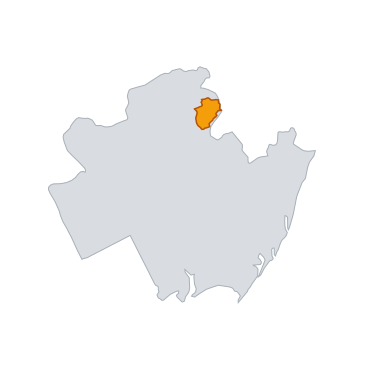 Lèkoko, Haut-Ogooué, Gabon (highlighted), rotated 243°
{"feature_id": "22940354B44244492121045", "entity_name": "Lèkoko", "entity_type": "district", "adm_level": 2, "iso_a3": "GAB", "parent_name": "Gabon", "parent_adm1": "Haut-Ogooué", "projection": "mercator", "projection_center": [13.129, -2.025], "detail": "fine", "context": "in_parent", "style": "filled", "palette": "amber", "viewbox_px": 384, "rotation_deg": 243, "n_neighbors": 0, "source": "geoboundaries", "source_scale": "gbopen_adm2", "svg_char_len": 5458}
<svg xmlns="http://www.w3.org/2000/svg" viewBox="0 0 384 384"><g transform="rotate(243 192 192)"><path d="M262.4,69.1L262.2,72.0L258.9,79.1L257.4,84.5L257.0,90.4L257.9,95.0L259.5,98.4L260.5,102.0L259.7,104.5L258.1,105.6L259.2,106.9L261.6,107.2L265.7,106.1L271.9,104.2L280.1,101.4L285.5,99.8L294.4,100.8L299.1,101.9L301.6,103.8L304.2,112.2L305.5,113.4L307.6,117.0L309.4,121.3L309.8,123.4L309.6,125.0L307.8,127.3L305.8,130.7L305.1,132.7L303.4,134.2L301.2,135.8L295.3,136.4L294.4,137.2L292.7,140.9L289.6,143.9L288.1,146.8L286.9,150.7L287.1,155.4L286.5,162.3L285.9,167.0L287.4,168.6L294.5,169.7L295.9,170.7L297.8,173.5L300.2,176.2L306.7,177.9L309.2,180.0L311.3,182.3L311.5,184.1L310.1,191.6L308.6,198.8L309.2,204.2L309.7,209.4L310.5,217.0L310.1,221.7L308.3,224.5L308.3,226.7L309.2,229.4L307.5,236.8L306.5,238.0L303.6,239.4L302.0,241.4L301.6,244.5L300.0,248.8L298.4,250.3L298.4,252.3L299.9,253.8L299.9,256.0L297.0,258.6L295.3,260.7L291.4,261.6L287.0,260.6L285.9,259.1L287.0,256.8L286.6,255.0L285.1,253.1L282.7,248.1L280.6,247.1L279.5,249.1L275.9,252.9L269.5,257.7L265.0,258.1L256.8,256.6L249.9,254.3L246.7,248.6L244.7,243.9L241.7,238.5L238.4,235.9L234.9,234.3L233.3,234.2L228.3,237.2L226.8,238.4L226.8,240.9L227.2,243.3L228.0,244.4L228.7,246.0L228.6,248.3L227.7,251.5L227.4,255.0L211.6,258.4L208.8,257.2L206.8,255.6L204.4,255.9L197.6,257.7L195.1,256.4L192.6,255.5L191.4,256.3L191.3,257.8L192.5,266.0L192.1,269.1L190.6,273.2L189.8,276.0L194.0,276.8L195.5,278.0L196.9,280.1L199.0,282.0L199.1,283.2L196.8,285.4L196.0,288.0L197.1,290.1L200.0,292.2L204.1,294.5L206.2,295.9L206.0,297.3L204.0,300.2L203.3,302.6L202.0,304.8L202.2,306.8L204.1,308.7L203.9,310.3L202.6,311.6L200.1,311.4L197.9,311.5L195.9,311.0L189.7,304.5L188.4,304.3L179.4,309.3L177.2,311.4L175.4,314.3L172.9,320.7L168.8,317.0L165.3,310.2L161.2,306.0L152.6,299.2L150.4,294.3L140.5,283.3L126.4,272.3L116.2,262.8L114.6,260.7L116.4,260.9L126.2,265.7L127.6,265.2L128.7,264.1L124.4,261.6L120.4,259.7L116.6,258.4L112.7,258.5L110.6,256.5L109.2,253.5L108.5,250.8L106.8,248.1L101.4,242.5L100.1,240.3L97.1,237.3L98.9,236.9L104.7,239.8L105.3,238.6L104.8,237.0L98.9,234.3L95.7,234.1L95.0,232.2L95.4,230.0L91.3,221.8L86.9,215.6L86.3,212.7L98.0,226.1L99.5,226.3L101.6,226.2L106.4,224.7L105.5,222.9L103.3,221.0L101.2,221.9L98.4,222.1L97.0,221.3L96.4,219.9L99.1,213.4L97.9,213.7L97.0,214.9L95.5,215.4L93.2,215.8L87.4,212.3L82.4,202.9L81.0,201.0L79.7,197.7L78.3,196.4L72.5,183.0L74.7,184.0L77.4,187.9L82.5,187.1L84.6,184.8L86.3,184.9L88.1,184.4L90.4,182.3L97.0,173.1L98.8,161.0L98.2,153.8L97.2,146.6L99.4,144.3L100.3,145.8L100.7,148.4L101.8,150.3L104.1,151.9L108.5,152.4L115.3,155.0L117.7,156.7L118.4,153.4L126.2,150.5L123.8,149.5L116.9,150.6L107.4,146.3L104.2,143.6L101.3,138.4L98.2,135.7L98.4,133.3L105.3,131.0L107.1,131.3L107.8,134.0L109.6,135.1L110.3,134.7L110.6,132.4L110.7,126.3L108.6,117.5L109.2,115.9L111.1,115.2L112.7,114.1L113.9,113.9L116.2,114.1L117.4,116.1L118.0,117.2L120.4,117.7L122.3,118.8L123.9,118.5L125.3,117.3L127.3,117.0L133.5,117.0L139.2,117.1L150.4,117.1L161.7,117.1L172.9,117.2L181.4,117.2L181.4,112.2L181.3,104.4L181.3,95.3L181.2,86.5L181.2,78.4L181.1,68.9L181.6,66.1L182.1,65.0L181.9,63.4L190.6,63.3L206.4,64.0L213.3,63.9L215.2,64.0L223.8,63.5L230.8,64.1L233.8,64.8L236.4,65.2L244.8,65.6L255.7,65.0L259.4,65.2L261.4,66.5L262.4,69.1Z" fill="#d9dde1" stroke="#a8b0b8" stroke-width="1"/><path d="M242.2,237.4L242.5,237.5L243.1,237.7L243.9,237.9L244.4,238.0L244.9,238.2L245.2,238.6L245.6,239.4L245.9,240.3L246.1,241.0L246.2,241.6L246.4,242.3L246.5,242.9L246.9,243.4L247.4,243.9L247.7,244.3L247.8,245.0L247.8,245.5L247.9,245.8L248.1,245.8L248.3,246.0L248.3,246.6L248.1,247.1L248.1,247.4L248.2,247.5L248.5,247.8L248.7,248.1L248.7,248.4L248.7,248.7L248.9,249.0L249.3,249.0L249.7,248.9L250.0,248.7L250.7,248.7L251.0,249.0L251.3,249.5L251.6,249.9L251.7,250.3L251.9,250.7L251.9,251.1L252.0,251.5L252.4,251.8L252.7,252.3L252.6,252.6L252.2,253.1L252.1,253.8L251.8,254.5L251.3,254.9L251.2,255.3L251.6,255.4L251.9,255.1L252.5,254.8L252.8,254.6L253.2,254.5L253.9,254.6L254.4,254.8L254.8,255.0L255.4,255.4L255.8,255.8L256.3,256.1L257.2,256.6L257.6,256.7L258.0,256.7L258.5,256.5L258.9,256.2L259.5,256.2L259.9,256.4L260.7,256.7L261.3,257.0L262.0,257.2L262.1,257.3L262.6,256.4L263.3,255.6L263.6,255.0L263.8,254.2L264.0,253.5L264.4,252.5L264.9,251.5L265.1,251.0L265.6,250.6L265.9,250.4L266.3,250.2L266.7,250.1L267.2,250.0L267.6,249.8L267.9,249.5L268.4,249.2L268.6,249.0L268.8,248.5L268.9,247.4L268.9,246.2L269.0,245.5L269.2,244.9L269.4,244.3L269.7,243.8L269.8,243.4L269.9,242.9L270.0,242.5L269.6,242.4L269.1,242.6L268.7,242.5L268.4,242.1L268.2,241.6L268.1,241.2L267.9,240.9L267.6,240.8L267.0,241.0L266.5,240.9L266.2,240.8L265.8,240.7L265.3,240.6L265.0,240.8L264.7,240.6L264.5,240.3L264.3,239.8L264.1,239.3L264.1,238.9L264.3,238.5L264.4,237.5L264.5,235.5L264.7,233.3L264.9,232.5L264.9,231.9L264.6,231.9L264.2,232.1L263.5,232.4L262.9,232.5L262.2,232.7L261.4,232.8L260.8,232.7L260.1,232.4L259.7,232.2L258.9,231.4L258.2,230.8L257.7,230.4L257.3,229.9L256.5,229.2L255.9,228.8L255.1,228.5L254.2,228.3L253.1,228.0L252.5,227.7L251.8,227.5L251.1,227.4L250.1,227.4L248.9,227.4L248.3,227.6L247.6,227.8L246.8,228.2L246.4,228.4L245.9,228.6L245.4,228.8L244.7,228.9L243.9,229.0L243.4,229.2L243.3,229.5L243.0,230.0L242.7,230.5L242.7,231.2L242.8,231.8L243.0,232.1L243.0,232.7L242.8,233.1L242.7,233.7L242.5,234.4L242.5,235.0L242.4,235.6L242.3,236.4L242.2,237.1L242.2,237.4Z" fill="#f59e0b" stroke="#b45309" stroke-width="1.5"/></g></svg>